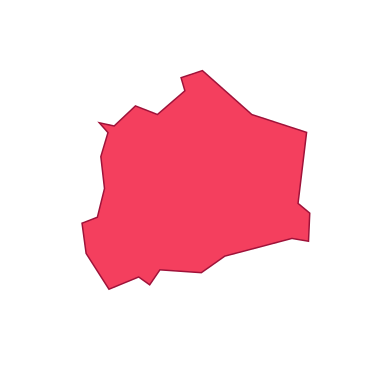 outline of Robertson, Kentucky, United States of America, rotated 320°
{"feature_id": "52423323B68923397025914", "entity_name": "Robertson", "entity_type": "district", "adm_level": 2, "iso_a3": "USA", "parent_name": "United States of America", "parent_adm1": "Kentucky", "projection": "robinson", "projection_center": [-84.061, 38.515], "detail": "fine", "context": "isolated", "style": "filled", "palette": "rose", "viewbox_px": 384, "rotation_deg": 320, "n_neighbors": 0, "source": "geoboundaries", "source_scale": "gbopen_adm2", "svg_char_len": 473}
<svg xmlns="http://www.w3.org/2000/svg" viewBox="0 0 384 384"><g transform="rotate(320 192 192)"><path d="M318.1,220.0L287.6,171.1L278.0,105.7L257.1,97.4L251.6,109.9L215.3,110.4L204.0,89.7L174.8,91.4L165.5,79.4L165.8,92.5L144.9,106.3L127.2,133.1L103.3,150.5L87.7,145.2L71.4,171.0L65.9,213.1L96.5,222.8L99.9,235.9L117.4,231.0L147.3,259.8L175.9,262.2L238.7,291.8L249.6,304.6L268.6,283.9L265.9,268.9L318.1,220.0Z" fill="#f43f5e" stroke="#9f1239" stroke-width="1.5"/></g></svg>